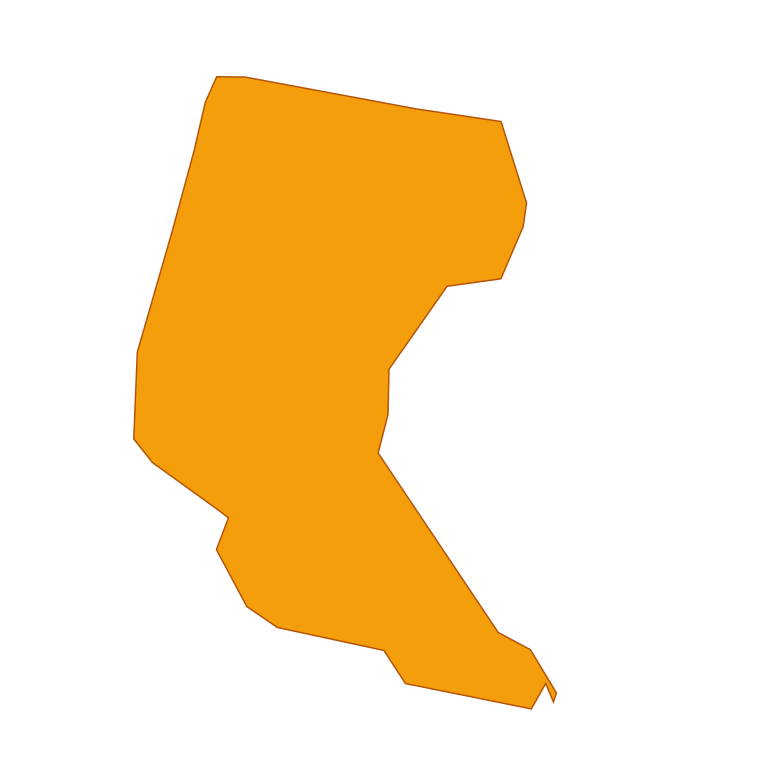 outline of Agana Heights, Guam, rotated 195°
{"feature_id": "77769853B67534366547029", "entity_name": "Agana Heights", "entity_type": "district", "adm_level": 2, "iso_a3": "GUM", "parent_name": "Guam", "parent_adm1": "", "projection": "robinson", "projection_center": [144.743, 13.466], "detail": "fine", "context": "isolated", "style": "filled", "palette": "amber", "viewbox_px": 768, "rotation_deg": 195, "n_neighbors": 0, "source": "geoboundaries", "source_scale": "gbopen_adm2", "svg_char_len": 543}
<svg xmlns="http://www.w3.org/2000/svg" viewBox="0 0 768 768"><g transform="rotate(195 384 384)"><path d="M138.0,120.7L137.5,130.2L173.8,165.2L209.3,173.5L371.8,315.8L372.3,355.8L383.0,399.6L348.4,494.7L298.3,515.9L290.3,572.1L293.2,595.8L338.9,667.8L424.6,658.0L597.7,644.5L625.1,637.5L629.5,609.9L627.8,559.9L628.1,476.2L630.5,350.8L611.5,266.2L587.3,248.2L510.3,218.9L499.6,214.4L503.0,180.7L458.9,133.5L423.8,121.2L315.1,126.6L285.7,100.2L157.6,108.3L150.3,136.6L138.0,120.7Z" fill="#f59e0b" stroke="#b45309" stroke-width="1.5"/></g></svg>